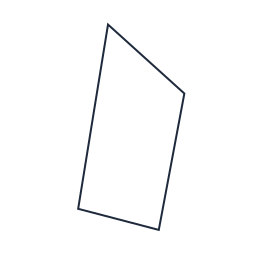 Morne Bonin, Soufrière, Saint Lucia, rotated 172°
{"feature_id": "8701671B99330114936147", "entity_name": "Morne Bonin", "entity_type": "district", "adm_level": 2, "iso_a3": "LCA", "parent_name": "Saint Lucia", "parent_adm1": "Soufrière", "projection": "albers", "projection_center": [-61.033, 13.832], "detail": "fine", "context": "isolated", "style": "outline", "palette": "slate", "viewbox_px": 256, "rotation_deg": 172, "n_neighbors": 0, "source": "geoboundaries", "source_scale": "gbopen_adm2", "svg_char_len": 235}
<svg xmlns="http://www.w3.org/2000/svg" viewBox="0 0 256 256"><g transform="rotate(172 128 128)"><path d="M159.5,149.0L188.6,54.9L111.7,22.8L67.4,154.3L133.4,233.2L159.5,149.0Z" fill="none" stroke="#1e293b" stroke-width="2"/></g></svg>